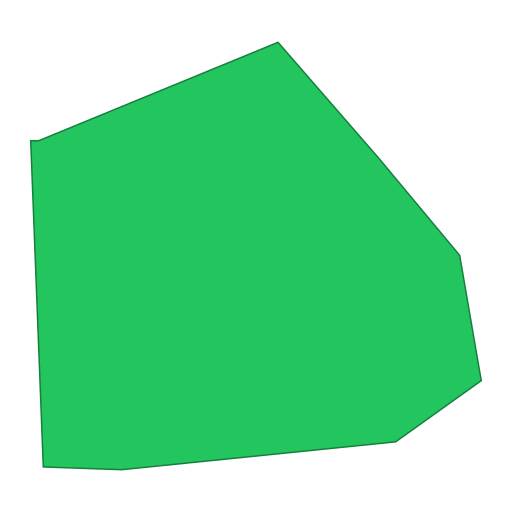 outline of Chateau Belair, Soufrière, Saint Lucia
{"feature_id": "8701671B28049445861870", "entity_name": "Chateau Belair", "entity_type": "district", "adm_level": 2, "iso_a3": "LCA", "parent_name": "Saint Lucia", "parent_adm1": "Soufrière", "projection": "albers", "projection_center": [-61.053, 13.819], "detail": "fine", "context": "isolated", "style": "filled", "palette": "green", "viewbox_px": 512, "rotation_deg": 0, "n_neighbors": 0, "source": "geoboundaries", "source_scale": "gbopen_adm2", "svg_char_len": 295}
<svg xmlns="http://www.w3.org/2000/svg" viewBox="0 0 512 512"><path d="M194.3,462.3L394.8,441.9L395.4,442.0L481.3,380.6L479.4,370.0L459.7,255.4L378.5,157.9L278.0,42.3L38.7,140.7L30.7,140.7L43.3,467.0L44.6,467.0L121.7,469.7L194.3,462.3Z" fill="#22c55e" stroke="#15803d" stroke-width="1.5"/></svg>